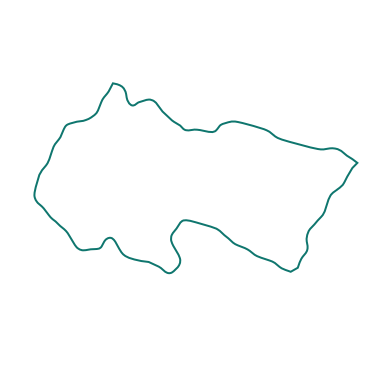 the district of Juan Santiago, La Estrelleta, Dominican Republic, rotated 285°
{"feature_id": "3306468B19325324705004", "entity_name": "Juan Santiago", "entity_type": "district", "adm_level": 2, "iso_a3": "DOM", "parent_name": "Dominican Republic", "parent_adm1": "La Estrelleta", "projection": "orthographic", "projection_center": [-71.601, 18.728], "detail": "fine", "context": "isolated", "style": "outline", "palette": "teal", "viewbox_px": 384, "rotation_deg": 285, "n_neighbors": 0, "source": "geoboundaries", "source_scale": "gbopen_adm2", "svg_char_len": 2821}
<svg xmlns="http://www.w3.org/2000/svg" viewBox="0 0 384 384"><g transform="rotate(285 192 192)"><path d="M262.9,344.2L265.2,338.6L267.2,332.2L270.3,325.5L271.1,321.6L271.0,318.9L270.6,316.3L269.8,313.8L267.3,308.3L266.5,305.5L266.1,302.5L265.7,294.8L265.7,273.0L265.9,265.3L266.4,260.8L267.2,258.0L270.2,251.3L270.9,248.3L271.3,245.3L271.7,234.2L271.7,223.0L271.5,218.3L271.2,215.2L270.4,212.2L268.7,208.9L265.6,203.9L264.1,202.3L263.2,201.7L259.2,200.1L257.3,199.1L256.5,198.4L255.2,196.3L254.4,192.4L253.9,183.8L253.5,180.9L252.9,178.2L250.6,172.8L250.2,170.6L250.1,169.5L250.6,167.5L253.1,163.4L255.1,156.5L256.0,154.1L262.1,142.7L268.9,134.1L270.0,131.6L270.3,130.3L270.4,127.7L270.1,126.4L269.2,124.2L264.9,117.4L264.2,116.6L261.3,114.3L260.8,113.6L260.3,112.7L260.1,111.7L260.3,110.5L261.3,108.4L264.0,105.8L266.2,104.5L269.6,103.0L271.7,101.8L274.4,99.3L275.7,97.1L276.4,94.6L276.7,91.9L276.5,87.5L267.6,85.5L265.2,84.6L260.7,82.5L258.1,81.6L255.2,81.1L246.4,80.1L243.5,79.3L241.1,77.9L237.8,75.2L235.8,73.2L234.1,70.9L232.6,68.6L230.1,62.6L226.5,56.4L225.1,54.5L224.3,53.7L223.2,53.0L222.0,52.5L219.4,51.9L210.9,50.7L208.4,49.8L202.7,47.3L199.9,46.6L195.5,46.2L186.6,45.7L182.3,45.0L179.8,44.1L174.2,41.5L169.0,40.1L156.2,39.8L150.7,40.1L148.1,40.6L146.8,41.1L145.7,41.7L143.7,43.2L142.1,45.1L141.4,46.1L139.2,50.7L137.8,53.0L132.6,59.7L131.0,61.9L129.7,64.3L128.2,67.9L125.1,73.4L123.0,78.1L121.7,80.4L120.1,82.6L118.2,84.6L110.5,92.6L108.9,94.7L108.2,95.9L107.4,98.4L107.3,101.0L107.6,102.3L108.4,104.6L110.4,108.9L112.3,114.8L113.3,116.9L114.1,117.7L115.0,118.4L116.0,118.8L121.6,120.1L123.7,121.0L125.4,122.5L126.0,123.4L126.5,124.4L126.7,125.5L126.6,126.8L125.6,128.9L124.1,130.8L118.3,136.4L115.5,139.4L114.0,141.6L112.9,144.2L112.1,148.2L111.9,153.8L112.2,160.9L113.2,168.3L111.3,179.2L110.5,181.7L108.0,186.8L107.5,189.1L107.5,190.2L107.8,191.4L108.3,192.5L109.0,193.4L110.7,194.8L115.6,197.7L117.9,198.5L120.5,198.8L123.2,198.3L124.5,197.7L125.7,196.9L127.9,195.2L135.1,187.9L137.2,186.1L139.6,184.5L140.9,184.0L143.5,183.5L144.8,183.5L147.3,184.1L152.7,186.5L159.5,188.7L161.5,190.1L162.3,191.1L163.2,193.6L163.7,197.7L163.7,203.7L163.4,219.0L162.9,225.0L162.5,226.4L161.6,229.0L158.7,234.4L156.6,239.2L153.7,244.7L152.8,247.3L152.3,250.2L151.5,257.6L150.9,260.5L150.1,263.0L147.6,268.7L146.9,271.4L146.4,275.8L145.9,284.7L145.6,287.6L144.9,290.4L142.3,296.0L141.5,298.4L140.9,302.5L140.5,308.0L146.2,313.8L151.8,314.2L155.8,314.9L158.2,315.7L162.5,317.7L164.9,318.3L166.2,318.3L167.5,318.2L169.8,317.6L174.0,315.6L176.4,314.8L180.4,314.4L184.4,314.8L186.8,315.6L192.3,318.6L197.0,320.8L201.4,323.2L203.7,324.3L207.6,325.2L220.1,325.8L224.1,326.6L225.4,327.0L227.9,328.4L234.4,333.6L237.9,335.8L240.5,336.6L247.1,338.0L256.7,340.7L262.9,344.2Z" fill="none" stroke="#0f766e" stroke-width="2"/></g></svg>